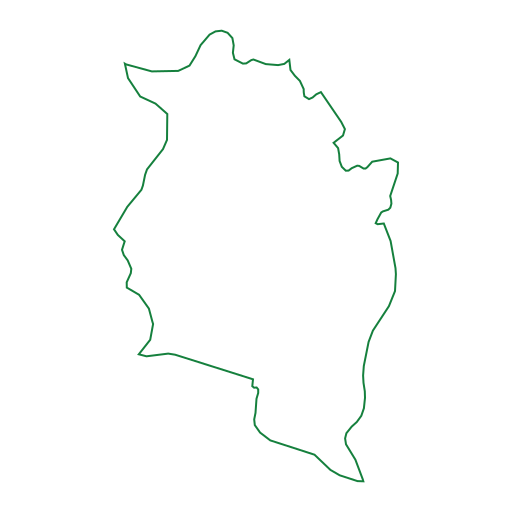 the border of Vorarlberg
{"feature_id": "AUT-2320", "entity_name": "Vorarlberg", "entity_type": "State", "adm_level": 1, "iso_a3": "AUT", "parent_name": "Austria", "parent_adm1": "", "projection": "mercator", "projection_center": [9.893, 47.218], "detail": "fine", "context": "isolated", "style": "outline", "palette": "green", "viewbox_px": 512, "rotation_deg": 0, "n_neighbors": 0, "source": "natural_earth", "source_scale": "10m", "svg_char_len": 1805}
<svg xmlns="http://www.w3.org/2000/svg" viewBox="0 0 512 512"><path d="M254.1,387.7L252.3,386.2L253.0,379.3L175.1,354.7L168.2,353.6L146.5,356.3L138.8,354.3L141.7,350.6L148.7,341.7L150.2,339.8L153.1,324.0L152.4,321.7L150.5,314.6L148.9,308.6L139.1,294.8L133.0,291.2L126.8,287.6L126.7,282.3L130.8,273.2L131.3,268.8L127.7,260.4L123.8,255.1L122.0,249.8L123.1,246.3L124.7,241.3L119.4,236.4L117.8,234.9L114.0,229.3L127.3,206.8L141.4,189.8L142.9,185.6L145.1,174.8L147.0,169.4L163.0,149.1L167.0,139.9L167.3,114.0L155.5,103.6L140.2,96.5L128.0,78.1L127.2,74.4L124.9,63.7L125.9,64.3L127.6,64.8L151.8,71.4L178.2,70.9L189.5,65.6L195.4,56.2L200.6,45.1L209.6,34.6L215.5,31.4L221.7,30.7L227.6,32.8L232.4,38.1L233.7,45.4L232.9,52.8L234.5,59.3L242.9,63.6L246.2,63.4L251.3,60.1L253.4,59.5L265.8,64.1L278.1,65.1L284.3,63.9L289.3,59.9L290.5,70.0L294.8,75.7L299.9,80.9L303.7,89.1L303.7,90.9L303.8,92.8L304.4,96.3L309.0,99.1L312.6,97.5L316.3,94.3L320.9,92.1L341.2,121.9L344.9,129.1L343.0,135.5L333.6,142.8L338.1,148.1L339.2,154.4L339.6,161.0L341.8,166.8L345.8,170.7L348.6,170.6L351.7,168.2L357.2,165.7L359.2,165.9L363.5,168.5L365.6,168.5L367.3,167.2L372.2,161.7L390.4,158.4L398.0,162.5L397.7,173.5L390.2,196.0L391.1,200.0L391.4,203.7L390.3,207.7L388.3,209.7L382.9,211.4L381.2,212.5L377.4,219.4L375.7,223.2L377.6,224.2L383.8,223.5L390.6,241.0L395.5,268.2L395.9,274.2L395.0,291.1L388.9,306.2L372.9,330.6L368.6,341.9L363.8,366.0L363.1,375.5L363.5,382.8L364.8,391.3L365.0,397.8L363.9,408.3L361.3,415.8L356.8,422.0L351.7,426.6L346.4,433.2L345.1,438.4L346.0,444.3L355.4,459.7L362.8,479.4L363.2,481.0L363.3,481.3L357.5,481.1L339.7,475.3L330.4,469.9L314.5,454.7L270.3,440.4L260.1,432.6L254.8,425.1L254.2,419.4L255.5,412.9L256.5,398.7L258.2,393.0L258.2,389.4L256.6,387.5L254.1,387.7Z" fill="none" stroke="#15803d" stroke-width="2"/></svg>